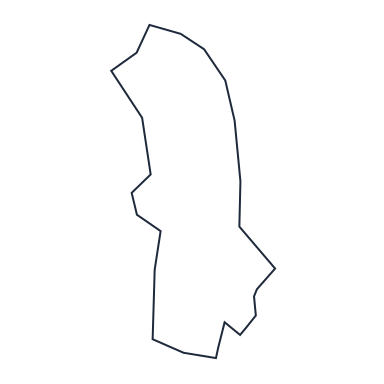 outline of Knowsley, rotated 3°
{"feature_id": "GBR-5666", "entity_name": "Knowsley", "entity_type": "Metropolitan Borough", "adm_level": 1, "iso_a3": "GBR", "parent_name": "United Kingdom", "parent_adm1": "", "projection": "albers", "projection_center": [-2.836, 53.422], "detail": "fine", "context": "isolated", "style": "outline", "palette": "slate", "viewbox_px": 384, "rotation_deg": 3, "n_neighbors": 0, "source": "natural_earth", "source_scale": "10m", "svg_char_len": 482}
<svg xmlns="http://www.w3.org/2000/svg" viewBox="0 0 384 384"><g transform="rotate(3 192 192)"><path d="M224.6,356.6L192.0,353.0L160.4,341.1L158.8,271.5L162.7,232.7L138.2,217.6L131.8,196.0L149.8,176.6L138.3,120.5L105.0,75.2L129.4,55.8L140.8,27.4L172.5,34.7L196.6,48.8L219.4,78.9L230.8,118.4L239.8,178.8L241.1,224.1L279.0,264.1L261.9,285.7L259.4,293.0L262.2,312.0L253.7,323.9L247.5,332.2L231.4,320.4L226.4,345.6L224.6,356.6Z" fill="none" stroke="#1e293b" stroke-width="2"/></g></svg>